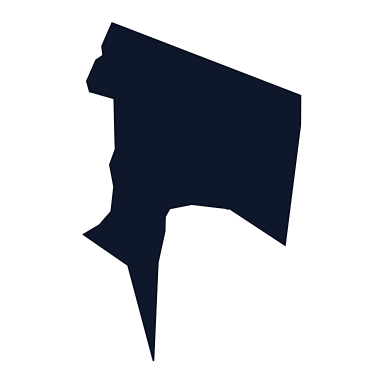 Tari/Pori District, Southern Highlands, Papua New Guinea (Natural Earth projection)
{"feature_id": "67681753B42536665224623", "entity_name": "Tari/Pori District", "entity_type": "district", "adm_level": 2, "iso_a3": "PNG", "parent_name": "Papua New Guinea", "parent_adm1": "Southern Highlands", "projection": "natural_earth1", "projection_center": [142.92, -5.861], "detail": "fine", "context": "isolated", "style": "filled", "palette": "ink", "viewbox_px": 384, "rotation_deg": 0, "n_neighbors": 0, "source": "geoboundaries", "source_scale": "gbopen_adm2", "svg_char_len": 501}
<svg xmlns="http://www.w3.org/2000/svg" viewBox="0 0 384 384"><path d="M228.9,68.0L112.1,23.0L102.0,46.2L103.1,55.5L96.0,60.2L86.8,81.2L89.7,91.5L114.2,98.5L115.1,138.1L115.5,149.1L109.8,164.7L114.0,186.8L111.2,211.5L99.5,225.0L83.5,234.5L128.0,265.2L153.5,361.0L157.6,268.4L157.7,267.6L157.9,262.4L164.7,231.4L165.1,216.6L169.7,208.5L191.4,204.2L225.9,208.2L227.2,208.9L229.7,208.7L285.0,245.1L300.3,125.1L300.4,116.0L300.5,95.6L228.9,68.0Z" fill="#0f172a" stroke="#020617" stroke-width="1.5"/></svg>